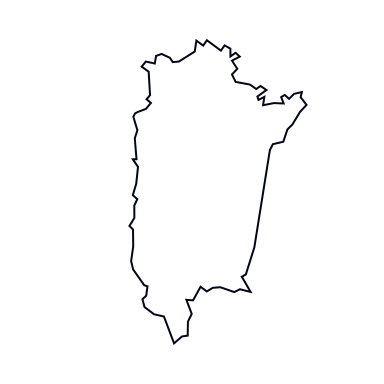 outline of Washington, Texas, United States of America, rotated 288°
{"feature_id": "52423323B15750525116760", "entity_name": "Washington", "entity_type": "district", "adm_level": 2, "iso_a3": "USA", "parent_name": "United States of America", "parent_adm1": "Texas", "projection": "albers", "projection_center": [-96.362, 30.222], "detail": "fine", "context": "isolated", "style": "outline", "palette": "ink", "viewbox_px": 384, "rotation_deg": 288, "n_neighbors": 0, "source": "geoboundaries", "source_scale": "gbopen_adm2", "svg_char_len": 1268}
<svg xmlns="http://www.w3.org/2000/svg" viewBox="0 0 384 384"><g transform="rotate(288 192 192)"><path d="M115.1,278.6L126.8,265.6L130.3,268.7L158.6,268.4L256.0,253.1L262.5,254.2L268.0,263.3L281.0,263.4L287.2,266.6L301.6,270.0L310.2,274.0L315.8,266.0L321.0,265.6L316.9,258.8L310.6,255.5L313.0,250.2L309.8,247.5L304.5,251.8L301.9,242.5L296.5,232.8L304.8,231.4L300.1,226.8L303.0,224.7L312.0,231.3L314.0,224.4L309.8,221.3L312.1,213.9L310.2,199.5L316.1,193.7L323.2,197.0L329.3,189.4L335.5,195.6L337.9,190.4L332.8,186.7L340.2,184.2L341.5,177.7L335.4,175.8L340.9,159.3L334.7,157.4L337.3,149.4L326.4,151.2L312.0,139.2L309.6,133.6L312.8,129.5L313.9,120.4L310.3,115.8L302.7,116.9L301.8,107.8L295.7,105.4L293.0,113.6L271.1,122.2L266.2,120.1L264.0,125.4L256.8,122.5L251.2,115.5L249.1,113.5L245.4,113.0L233.8,121.0L225.4,121.0L206.0,129.1L204.8,125.6L199.2,132.9L182.6,136.4L170.7,136.7L168.3,142.2L161.3,141.3L149.5,145.2L140.4,143.0L138.1,147.5L122.1,152.9L107.4,155.5L100.2,159.9L88.6,175.3L88.5,178.8L79.3,180.5L74.7,178.0L67.9,182.4L64.0,193.7L64.9,203.8L42.5,221.7L51.5,227.1L54.1,232.3L67.4,228.2L76.0,229.4L87.7,220.0L89.3,226.5L104.5,229.4L102.0,236.8L107.3,241.4L110.2,248.4L109.9,263.2L114.3,267.6L115.1,278.6Z" fill="none" stroke="#020617" stroke-width="2"/></g></svg>